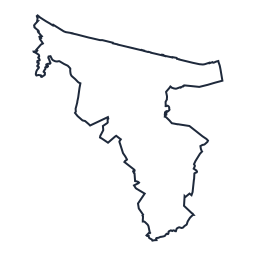 Krimūnu pag., Dobele, Latvia
{"feature_id": "27541924B60795581291869", "entity_name": "Krimūnu pag.", "entity_type": "district", "adm_level": 2, "iso_a3": "LVA", "parent_name": "Latvia", "parent_adm1": "Dobele", "projection": "albers", "projection_center": [23.378, 56.558], "detail": "fine", "context": "isolated", "style": "outline", "palette": "slate", "viewbox_px": 256, "rotation_deg": 0, "n_neighbors": 0, "source": "geoboundaries", "source_scale": "gbopen_adm2", "svg_char_len": 5511}
<svg xmlns="http://www.w3.org/2000/svg" viewBox="0 0 256 256"><path d="M149.3,238.1L151.8,239.5L152.4,240.6L154.5,240.2L156.5,240.1L156.1,238.6L156.4,238.1L156.7,238.0L158.4,237.8L160.4,236.9L160.8,236.9L163.0,236.5L164.1,236.2L164.8,235.9L165.1,235.6L165.8,234.5L166.9,233.7L167.9,234.1L168.1,234.0L168.2,233.9L168.4,233.4L168.6,232.8L168.5,232.1L168.6,231.7L168.8,231.4L170.7,230.4L171.4,230.5L171.9,230.9L172.3,231.0L172.5,230.9L172.9,230.5L173.2,230.4L173.8,230.4L174.2,230.5L175.2,231.2L175.9,231.2L176.5,229.1L176.9,228.5L177.1,228.3L178.5,227.5L179.3,227.3L181.6,228.0L182.8,227.7L183.2,227.4L184.5,226.0L186.5,224.7L186.8,224.2L187.7,221.4L189.9,217.9L191.0,216.7L192.3,215.5L193.2,214.9L193.6,214.9L192.5,213.5L191.7,213.1L184.0,205.8L184.1,204.5L184.6,196.1L185.4,197.0L189.5,193.6L191.5,195.2L192.6,192.0L193.9,179.8L193.9,179.7L194.1,179.0L194.4,173.4L194.6,173.2L196.7,172.3L197.0,171.8L197.0,171.6L196.4,170.5L193.7,168.7L194.9,166.0L194.9,165.8L194.8,165.5L194.0,164.2L195.5,161.0L200.0,153.7L201.7,151.9L202.0,151.6L201.9,151.5L200.9,149.0L200.4,146.1L202.5,144.9L203.9,144.7L204.7,144.3L207.4,141.9L208.0,140.6L206.5,139.0L202.5,136.3L192.6,128.5L189.4,126.0L177.8,124.2L177.6,124.3L171.8,123.2L169.4,120.4L166.1,117.2L164.9,116.7L165.1,116.4L165.1,116.2L164.9,115.7L164.9,115.4L165.0,115.3L165.3,115.0L166.3,114.8L166.4,114.5L166.3,114.3L165.9,114.1L165.5,114.1L165.1,114.4L164.8,114.4L164.8,114.0L165.0,113.7L165.0,112.4L165.1,112.2L165.3,112.1L165.5,112.2L165.9,112.5L166.2,112.9L166.4,112.8L166.6,112.7L166.8,112.1L166.3,111.6L166.2,111.4L166.3,111.2L167.0,111.1L167.7,111.4L168.0,111.3L169.3,110.1L169.5,109.5L169.2,108.8L169.2,107.5L169.0,107.0L168.7,106.5L167.8,105.8L167.4,105.7L166.8,105.8L166.0,106.2L165.8,106.2L165.6,106.1L165.7,105.5L165.7,104.9L165.6,102.6L165.6,101.8L166.9,99.4L166.9,98.3L166.9,98.0L167.0,97.5L167.0,96.2L166.1,92.1L166.1,91.8L169.2,88.2L169.8,87.4L170.4,86.5L171.2,87.1L171.6,87.6L173.8,88.4L175.5,88.7L176.5,88.6L180.3,87.2L180.7,87.6L183.5,85.8L183.6,86.1L184.6,85.4L199.3,86.9L207.8,84.8L214.9,82.7L222.4,80.7L220.5,69.4L220.1,67.4L219.7,65.5L218.5,62.0L218.3,61.0L216.1,61.6L213.7,62.7L212.5,62.5L212.4,62.2L209.5,63.2L209.4,62.7L204.8,64.2L203.7,64.4L202.7,64.5L199.4,64.2L192.8,62.8L179.2,59.5L179.2,59.3L177.0,58.8L177.0,58.4L176.6,57.9L172.4,57.1L172.3,57.5L170.7,57.1L165.1,55.9L165.1,56.1L163.3,55.6L163.3,54.9L162.1,54.7L162.0,55.3L154.4,53.5L150.8,52.7L150.6,52.5L150.6,52.4L148.4,51.8L148.1,52.0L143.9,50.9L144.0,50.6L141.9,50.0L141.9,50.3L140.9,50.1L117.8,44.6L117.7,44.4L112.8,43.3L112.8,42.7L102.2,40.1L99.9,40.1L90.8,38.0L88.9,37.6L76.5,34.4L72.0,33.4L72.1,33.2L71.1,33.0L65.7,32.1L63.7,31.3L53.3,24.8L53.0,25.5L51.2,24.4L49.7,23.4L46.2,21.4L42.9,19.3L41.7,18.5L39.0,16.8L39.1,16.6L37.6,15.4L36.8,16.1L37.6,18.5L37.2,20.6L37.1,21.1L37.8,21.1L34.6,24.6L34.1,25.4L34.5,26.4L34.3,26.8L34.5,27.4L38.5,30.8L38.7,31.2L38.1,31.6L38.5,32.1L38.3,32.3L38.5,32.6L38.8,32.8L39.1,33.1L40.7,35.1L41.9,36.3L41.2,36.8L41.0,36.5L40.5,36.9L40.1,36.4L39.4,36.9L40.2,37.9L40.7,37.5L41.1,38.1L39.9,39.0L42.3,42.5L42.9,43.5L41.0,44.5L36.4,49.7L37.3,50.5L36.3,51.8L35.0,51.3L33.9,51.6L33.6,51.6L33.7,51.9L34.4,52.1L36.3,53.1L37.9,54.2L38.6,54.6L38.9,55.0L39.1,55.7L39.2,56.2L39.1,56.5L38.9,56.7L38.2,57.4L38.2,57.7L39.1,58.4L39.2,58.6L39.2,59.1L39.7,60.0L39.5,60.4L39.1,60.7L37.8,60.8L37.5,60.9L37.4,61.2L37.3,62.1L37.3,62.5L37.6,62.7L38.2,62.7L38.5,62.9L38.7,63.0L38.8,63.2L38.8,63.4L38.7,63.8L38.4,64.5L37.3,65.7L37.3,66.2L37.3,66.3L37.6,66.6L38.5,66.7L38.7,66.9L38.9,67.3L38.8,67.7L38.7,68.0L36.9,70.2L36.7,70.7L36.3,71.5L35.8,74.0L35.9,74.5L36.3,75.4L36.5,75.5L38.3,75.0L40.6,75.3L41.0,75.4L41.1,75.6L41.1,75.8L41.0,76.4L41.1,76.7L41.3,76.9L41.6,76.9L42.3,76.7L42.6,76.3L43.5,75.7L44.3,75.3L44.8,74.8L44.9,74.3L44.8,74.1L44.8,73.8L44.9,73.5L44.9,72.9L44.9,72.7L44.6,72.4L43.8,72.0L43.6,71.8L43.6,71.6L44.6,69.9L45.2,69.3L45.3,69.0L45.4,68.7L45.2,67.6L45.4,67.2L46.0,66.9L46.3,66.9L47.0,67.2L47.7,66.7L48.0,66.3L48.0,66.1L47.9,66.0L47.7,65.6L47.5,65.4L46.3,65.1L46.2,64.9L46.3,64.5L47.4,63.9L48.2,63.7L49.8,63.8L50.1,63.6L50.5,63.1L50.5,62.9L50.1,62.2L49.0,59.1L48.3,57.8L48.5,56.8L48.6,56.5L50.5,56.2L51.5,58.2L52.0,59.2L52.3,59.6L53.1,60.3L54.8,61.1L55.9,61.4L57.0,61.5L58.6,61.2L59.4,61.2L64.1,64.0L67.7,65.7L68.8,66.8L70.2,68.4L70.3,68.6L70.2,70.8L70.5,73.3L70.8,74.5L71.5,75.8L72.2,76.5L75.2,79.1L78.1,82.1L79.0,82.7L80.4,83.3L79.5,88.0L78.2,97.4L77.3,101.6L77.3,102.2L76.5,105.4L75.6,108.7L75.8,111.7L75.0,112.9L77.6,116.1L82.5,120.4L85.0,121.0L85.3,121.2L88.7,124.1L90.1,125.5L107.9,117.1L108.3,118.7L108.0,119.0L107.6,119.5L107.7,121.9L107.7,122.5L107.2,123.1L102.9,126.0L103.2,129.1L103.2,130.0L103.2,130.3L101.1,134.3L100.3,135.8L100.0,137.5L102.1,138.7L108.0,142.7L114.9,136.7L116.2,135.8L120.2,138.9L120.8,139.3L119.4,141.4L119.6,142.6L120.0,143.6L123.0,153.1L125.4,156.6L127.0,159.5L126.9,159.7L125.0,161.1L124.4,162.0L134.4,169.8L134.6,170.4L134.6,170.8L134.3,171.3L134.1,171.4L133.7,171.4L133.4,171.0L133.2,171.1L133.1,171.3L133.2,171.6L133.5,171.9L133.9,173.0L134.5,173.3L135.1,181.1L136.4,181.3L138.0,181.8L139.0,182.6L138.5,183.2L138.2,183.3L134.0,185.4L135.8,188.2L136.8,188.9L144.7,193.6L138.0,203.5L138.8,208.5L143.1,214.7L142.5,215.6L143.0,216.5L142.9,218.9L142.8,219.6L142.8,221.5L144.0,221.5L144.6,221.8L145.1,222.2L147.5,224.5L148.1,225.4L148.5,226.3L149.7,232.2L149.8,232.5L150.1,232.9L150.0,233.0L149.4,232.4L146.5,235.4L147.2,236.0L147.4,236.0L148.7,235.9L148.7,236.8L149.3,238.1Z" fill="none" stroke="#1e293b" stroke-width="2"/></svg>